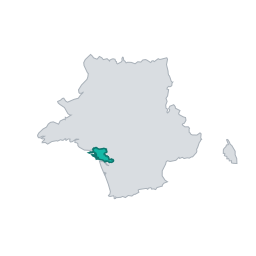 Charente-Maritime on a map of France (Mercator projection), rotated 332°
{"feature_id": "FRA-5278", "entity_name": "Charente-Maritime", "entity_type": "Metropolitan department", "adm_level": 1, "iso_a3": "FRA", "parent_name": "France", "parent_adm1": "", "projection": "mercator", "projection_center": [-0.827, 45.732], "detail": "medium", "context": "in_parent", "style": "filled", "palette": "teal", "viewbox_px": 256, "rotation_deg": 332, "n_neighbors": 0, "source": "natural_earth", "source_scale": "10m", "svg_char_len": 5273}
<svg xmlns="http://www.w3.org/2000/svg" viewBox="0 0 256 256"><g transform="rotate(332 128 128)"><path d="M189.1,108.5L187.7,109.3L186.8,110.9L185.9,111.3L184.3,111.3L183.5,110.3L181.5,110.9L180.7,111.9L181.9,113.2L178.0,118.3L175.5,119.6L175.0,122.9L172.1,125.4L171.0,128.0L170.9,128.5L171.6,129.3L171.3,131.0L169.8,132.1L169.9,133.2L170.3,133.3L172.5,132.5L173.4,131.5L172.9,130.1L175.2,128.4L179.3,128.9L179.7,131.1L179.2,132.9L182.1,137.0L179.6,138.8L179.4,140.1L182.0,144.1L183.7,145.8L182.8,148.4L180.0,150.2L178.3,150.0L177.5,150.5L177.6,151.3L178.8,153.7L181.8,155.3L182.2,157.1L181.4,157.7L180.0,160.5L180.6,161.8L180.4,162.4L180.7,163.3L181.5,164.3L185.6,166.6L189.3,166.1L189.8,167.5L187.5,171.0L187.7,172.6L186.5,172.6L186.3,173.2L184.0,174.4L180.3,177.9L178.6,179.0L177.9,180.8L176.9,181.8L171.5,183.8L170.5,183.3L168.0,183.4L166.3,182.1L163.2,181.3L162.2,179.4L159.3,179.1L159.2,177.8L155.1,179.0L149.4,177.3L147.4,175.4L145.7,175.9L144.3,177.5L138.1,181.9L135.7,186.3L136.2,191.5L137.6,194.0L133.8,193.6L131.6,194.4L131.0,195.4L125.7,194.2L123.8,195.2L123.2,195.2L122.5,194.1L120.0,192.9L120.4,192.0L120.0,191.3L117.6,190.7L116.7,191.4L115.8,189.9L108.9,187.5L107.8,187.6L107.4,189.9L103.0,189.9L102.3,189.4L99.5,189.9L96.5,187.7L93.1,188.2L91.1,185.9L89.1,185.8L86.2,184.6L85.0,184.0L84.8,183.3L84.0,184.4L82.9,184.1L82.7,183.8L83.3,182.6L83.5,181.1L80.0,180.0L79.0,179.0L79.0,178.4L80.9,177.9L82.6,175.9L84.2,168.5L85.4,159.7L86.3,158.0L87.4,157.5L86.5,156.3L85.4,157.9L86.1,149.7L87.3,143.6L90.3,146.1L91.0,147.2L91.9,150.9L93.6,152.4L92.5,150.9L91.4,146.0L90.7,144.6L86.0,140.5L85.8,139.6L87.9,140.1L87.1,137.0L86.6,130.5L83.7,129.8L79.1,127.0L75.9,122.0L75.5,120.1L76.4,118.1L75.6,116.8L74.3,115.9L75.3,114.2L76.3,114.0L79.6,115.0L76.9,113.4L72.5,113.9L70.7,113.4L70.4,112.2L71.6,110.6L70.1,109.6L67.6,109.9L67.3,109.5L68.0,108.3L67.4,107.9L65.3,108.4L64.1,108.0L63.0,106.7L59.7,106.5L59.0,105.7L54.4,104.2L49.5,104.5L48.2,102.0L45.3,100.7L45.8,99.9L48.8,99.2L49.3,98.4L47.2,97.4L46.4,96.3L50.4,96.1L48.6,95.0L44.8,95.0L44.3,93.5L44.8,91.9L47.0,90.5L52.5,89.0L56.5,88.9L59.4,87.1L62.2,86.6L64.9,87.5L68.5,92.0L71.4,90.0L75.7,90.1L76.5,91.2L77.7,89.1L78.6,90.3L83.9,89.9L82.7,89.1L81.7,87.2L81.5,80.1L78.8,75.0L78.1,73.1L78.3,71.5L81.4,71.8L84.0,71.1L85.3,71.5L85.6,74.9L86.7,76.8L93.9,77.4L98.1,78.4L101.6,76.6L104.9,75.7L105.1,75.3L103.2,75.5L101.5,74.6L101.3,73.8L102.2,71.1L107.2,68.2L114.6,65.8L116.5,64.1L118.6,61.1L118.1,60.4L118.5,52.2L119.6,49.5L122.4,47.5L129.5,45.5L130.4,48.2L130.4,49.7L132.3,52.0L133.2,52.7L136.3,51.4L137.8,53.6L138.3,56.0L142.1,57.0L143.2,60.2L143.8,59.5L146.2,59.6L147.3,59.9L148.8,61.2L148.4,63.1L149.0,64.0L148.4,65.7L148.8,66.5L153.2,66.5L154.5,65.7L155.1,64.0L156.4,62.9L156.9,63.3L156.0,66.5L156.6,67.3L156.9,69.6L158.6,69.8L161.7,71.6L164.4,74.6L167.7,74.1L170.3,75.8L173.0,74.9L175.5,75.8L176.4,76.7L178.8,80.9L180.6,80.0L181.9,80.5L182.3,81.7L187.2,81.0L188.0,82.2L189.0,82.7L195.2,84.2L195.2,85.8L191.7,90.2L190.1,96.5L189.1,98.7L188.7,100.3L189.0,101.4L188.8,103.1L188.1,107.1L188.5,108.3L189.1,108.5ZM210.9,188.1L210.6,190.4L211.4,192.1L211.7,198.8L210.0,202.0L209.7,205.9L207.5,210.5L204.1,208.4L203.0,207.3L204.0,205.5L202.0,204.6L202.5,202.9L202.2,202.0L200.9,201.9L200.8,201.5L201.8,200.1L201.8,199.3L200.5,198.3L200.2,197.4L201.5,196.3L200.9,195.4L200.2,195.2L201.9,192.1L203.1,191.2L205.8,190.4L206.9,189.2L208.7,189.8L209.0,189.5L209.5,184.7L210.1,184.6L210.7,185.3L210.9,188.1ZM86.2,137.3L85.8,138.8L84.0,136.3L83.7,134.9L86.2,137.3Z" fill="#d9dde1" stroke="#a8b0b8" stroke-width="1"/><path d="M91.7,147.1L91.2,145.4L90.7,144.5L90.1,143.9L88.5,142.7L88.4,142.3L87.9,142.1L87.3,141.4L86.5,141.1L86.0,140.6L85.4,140.6L85.6,139.2L86.4,139.0L86.6,139.0L87.6,140.1L88.4,140.5L86.8,139.0L86.5,137.9L87.0,137.5L87.4,137.3L87.5,137.0L87.2,136.6L87.5,136.3L87.2,136.0L87.0,135.4L87.4,135.6L87.6,135.5L87.7,135.1L87.3,134.8L87.2,134.0L86.8,133.8L86.9,133.6L86.5,133.3L86.5,133.1L85.8,132.9L85.9,132.6L86.1,132.4L86.1,132.1L86.2,131.9L87.0,131.4L87.1,131.0L86.9,130.5L87.2,130.0L88.6,129.6L88.8,129.8L88.6,130.2L88.8,130.3L89.8,130.1L90.3,130.1L91.1,130.6L91.3,131.1L91.2,131.6L91.5,131.8L92.5,133.1L93.1,133.4L93.6,133.4L94.3,134.0L95.1,134.0L95.6,134.4L96.4,134.4L97.0,134.6L97.9,135.3L98.5,136.1L98.8,136.2L99.0,136.6L98.8,136.8L98.2,137.0L98.5,138.3L98.3,138.9L98.0,139.3L97.6,139.5L97.1,139.1L96.8,139.0L95.8,139.3L95.2,139.4L94.7,139.7L94.6,140.1L95.1,140.1L95.2,141.3L95.1,142.1L95.5,142.2L96.5,143.0L96.2,143.5L97.1,144.1L96.9,144.6L97.1,145.2L97.0,145.5L96.4,146.2L96.7,146.6L96.7,147.1L96.9,147.3L97.5,147.2L98.3,147.6L98.7,147.6L98.6,148.3L99.6,148.4L99.9,148.7L100.0,149.2L99.8,149.5L100.0,149.8L99.9,150.0L99.6,150.4L99.3,150.6L99.0,150.5L98.0,150.7L97.3,150.6L96.0,149.7L95.4,149.7L95.1,149.1L95.1,148.4L95.0,148.1L94.3,147.6L93.5,147.5L93.2,146.7L92.7,147.1L91.7,147.1ZM85.7,136.7L85.7,136.8L86.1,137.1L86.2,137.4L86.1,138.1L85.8,138.9L85.6,138.8L85.2,137.7L83.9,136.1L83.9,135.8L83.6,134.8L84.3,135.1L85.1,135.8L85.4,135.7L85.6,135.9L85.6,136.4L85.7,136.7ZM85.0,133.1L84.4,132.9L83.2,132.2L82.4,132.2L81.8,131.5L82.7,131.4L82.8,131.5L82.7,131.7L82.3,131.6L82.6,131.9L83.5,131.7L83.3,132.0L84.7,132.2L85.2,132.7L85.3,133.0L85.0,133.1Z" fill="#14b8a6" stroke="#0f766e" stroke-width="1.5"/></g></svg>